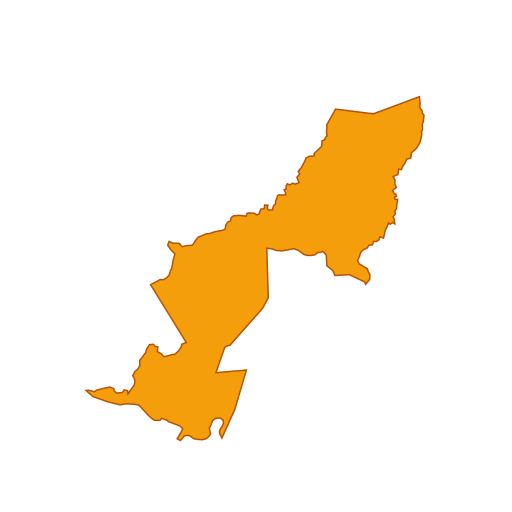 the district of Butiá, Rio Grande do Sul, Brazil, rotated 196°
{"feature_id": "56859067B28463272232209", "entity_name": "Butiá", "entity_type": "district", "adm_level": 2, "iso_a3": "BRA", "parent_name": "Brazil", "parent_adm1": "Rio Grande do Sul", "projection": "natural_earth1", "projection_center": [-52.0, -30.187], "detail": "fine", "context": "isolated", "style": "filled", "palette": "amber", "viewbox_px": 512, "rotation_deg": 196, "n_neighbors": 0, "source": "geoboundaries", "source_scale": "gbopen_adm2", "svg_char_len": 3281}
<svg xmlns="http://www.w3.org/2000/svg" viewBox="0 0 512 512"><g transform="rotate(196 256 256)"><path d="M382.3,79.9L373.9,75.9L358.5,75.0L345.6,75.4L340.8,77.9L332.7,79.9L327.5,80.4L315.3,73.0L310.4,70.7L308.1,70.1L303.0,71.5L302.1,74.0L296.2,73.5L294.3,72.6L282.3,71.7L278.9,69.8L279.3,66.7L281.4,58.6L277.8,57.8L276.7,59.9L275.4,63.3L273.6,64.2L271.1,65.0L268.4,64.3L265.2,63.2L261.6,63.6L257.0,64.6L253.6,66.6L251.8,69.2L250.6,72.3L253.4,77.7L252.7,81.6L252.3,85.8L250.7,88.2L248.7,89.5L245.6,90.3L242.5,89.2L241.2,86.3L241.5,83.5L242.6,79.9L242.7,76.9L241.4,74.6L238.6,71.6L234.1,102.6L233.8,143.7L262.3,132.8L261.6,146.8L260.9,159.0L259.5,161.4L256.5,162.9L235.2,207.7L233.3,216.5L232.7,219.3L247.8,266.5L242.0,267.3L237.9,266.9L232.4,268.1L221.4,273.5L216.5,273.0L210.4,270.6L206.9,270.7L203.1,271.7L199.7,273.4L197.3,276.6L194.6,277.4L193.0,279.0L188.7,276.3L185.2,266.2L178.1,263.1L174.7,259.0L161.2,263.8L144.3,261.0L142.8,259.1L140.3,264.8L141.3,269.3L143.5,271.6L145.5,274.4L154.6,276.9L157.2,279.6L156.6,282.6L156.3,288.2L154.9,291.1L151.2,294.5L150.5,297.4L147.1,298.9L147.0,302.4L144.4,303.0L142.3,305.3L142.2,308.6L138.4,308.4L138.5,311.8L138.8,314.6L138.7,316.9L137.9,321.7L137.7,324.3L135.7,323.5L133.7,325.9L131.4,325.1L133.0,329.1L135.1,331.4L133.7,334.8L134.9,337.6L133.9,340.3L134.7,343.3L135.4,349.5L138.1,348.8L139.1,350.8L137.4,352.0L138.4,353.8L140.3,354.1L142.8,356.5L140.0,360.6L142.4,363.5L143.2,367.2L146.1,370.2L142.1,373.4L142.5,376.2L142.7,378.9L140.0,379.1L139.7,382.5L138.4,386.3L137.8,390.7L134.3,392.7L135.0,398.2L131.6,403.3L129.7,410.0L129.8,414.1L130.1,418.6L131.1,420.7L130.8,423.7L132.5,428.4L132.2,431.3L133.3,437.7L135.5,439.1L136.3,441.3L139.5,443.9L140.2,447.6L141.4,450.5L142.8,454.2L182.4,425.0L200.3,422.2L220.0,419.1L222.4,408.9L224.2,401.4L223.3,399.3L222.5,394.7L220.9,391.2L221.9,388.9L222.1,386.6L224.3,384.9L223.1,379.4L228.4,370.6L227.4,368.3L232.2,366.6L235.0,363.9L235.1,361.1L236.2,356.1L236.6,353.8L238.8,349.2L236.6,346.9L238.4,342.9L234.8,338.4L238.3,335.8L240.6,336.2L243.3,333.6L245.8,334.1L246.4,332.0L245.6,328.7L247.2,327.5L245.2,325.2L244.3,323.0L248.3,321.5L250.3,321.5L251.8,320.1L252.0,316.8L252.3,313.8L251.6,311.5L253.1,308.8L252.9,304.8L257.1,303.6L258.4,305.3L258.5,308.1L261.7,307.4L261.2,303.7L264.2,302.5L264.7,299.8L264.4,297.4L266.9,295.6L269.1,296.6L274.3,295.6L276.4,294.5L276.4,291.6L283.2,290.5L288.7,288.4L290.5,286.0L290.2,282.6L292.5,280.8L293.5,277.2L293.0,273.5L295.1,271.5L301.9,268.2L307.1,264.6L309.7,263.7L316.7,258.2L318.6,253.9L319.3,250.9L320.5,248.6L324.7,247.2L329.3,244.7L331.2,245.4L333.0,247.0L337.5,246.0L339.4,245.4L343.6,246.0L343.9,242.1L339.6,238.5L334.5,235.7L334.5,228.7L333.5,220.9L334.2,218.4L334.2,214.1L335.7,210.6L338.4,207.8L341.7,206.8L349.4,199.4L299.3,153.7L303.0,150.7L302.8,148.0L304.0,143.9L307.0,139.1L309.6,138.1L315.5,134.3L317.7,134.1L319.5,135.7L324.6,137.0L325.3,141.6L327.7,141.3L330.5,142.8L334.0,141.3L335.5,136.4L335.4,132.9L337.7,126.7L339.0,123.6L337.5,119.0L338.4,114.9L340.4,111.8L341.6,107.0L339.6,105.3L337.8,102.0L337.5,98.5L341.1,88.2L342.4,91.1L345.8,91.0L346.8,88.0L352.0,85.8L355.1,87.1L356.1,89.3L360.7,89.7L368.6,85.3L370.2,84.3L372.3,83.1L373.6,81.1L380.2,80.8L382.3,79.9Z" fill="#f59e0b" stroke="#b45309" stroke-width="1.5"/></g></svg>